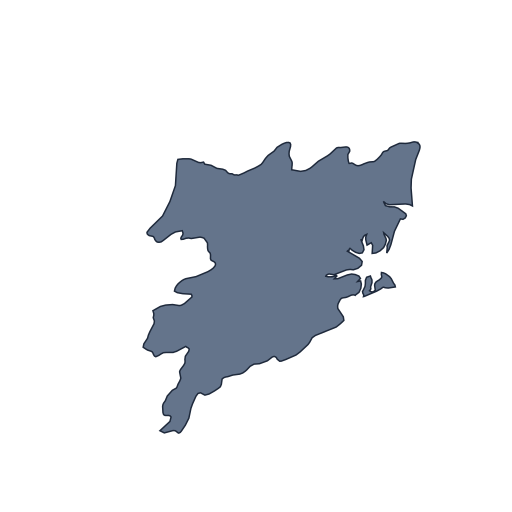 the Province of Littoral, rotated 223°
{"feature_id": "CMR-1476", "entity_name": "Littoral", "entity_type": "Province", "adm_level": 1, "iso_a3": "CMR", "parent_name": "Cameroon", "parent_adm1": "", "projection": "equal_earth", "projection_center": [10.043, 4.313], "detail": "fine", "context": "isolated", "style": "filled", "palette": "slate", "viewbox_px": 512, "rotation_deg": 223, "n_neighbors": 0, "source": "natural_earth", "source_scale": "10m", "svg_char_len": 5908}
<svg xmlns="http://www.w3.org/2000/svg" viewBox="0 0 512 512"><g transform="rotate(223 256 256)"><path d="M215.2,449.3L215.2,448.8L213.0,449.1L211.6,448.6L210.4,447.6L209.5,446.3L208.6,444.6L205.0,435.5L194.8,418.2L189.0,411.5L175.7,399.3L178.7,398.4L182.1,396.1L193.4,384.5L196.4,383.0L200.1,382.8L195.7,381.1L191.8,383.1L188.3,386.3L184.6,387.9L175.2,389.0L173.5,388.0L172.8,385.6L173.5,383.1L175.7,381.6L171.6,368.5L165.1,356.3L163.2,351.6L162.4,347.3L165.9,351.8L166.7,352.4L167.3,353.2L168.5,357.2L169.1,358.7L170.8,359.8L173.2,360.2L178.5,360.1L177.1,359.1L172.8,357.4L171.4,356.4L170.9,355.6L170.5,354.7L169.5,353.0L168.4,349.2L168.8,344.4L170.4,340.0L172.8,337.1L178.0,343.4L180.8,344.3L182.2,339.7L186.9,342.8L188.6,344.6L189.8,347.3L190.6,345.3L190.6,343.4L189.9,341.5L188.9,339.7L189.3,339.6L190.8,339.7L184.3,336.6L181.3,334.2L180.4,330.8L182.2,328.3L185.7,326.6L189.6,325.8L192.5,325.7L192.5,324.9L192.3,324.3L191.6,323.2L192.0,322.9L192.3,322.9L192.5,322.7L192.5,321.8L178.8,324.9L174.6,324.4L172.5,321.2L173.1,316.5L175.4,312.3L178.0,310.4L180.3,307.6L186.2,295.5L190.3,292.7L190.9,291.7L191.5,289.9L191.1,288.8L188.9,290.1L186.3,292.6L185.1,294.3L184.1,296.5L183.2,296.5L183.2,292.7L180.7,295.2L176.3,304.4L173.8,308.0L170.8,310.1L167.1,311.5L164.3,310.8L164.3,306.6L162.5,309.1L159.8,307.3L157.3,303.9L155.9,299.6L156.7,295.2L156.6,294.9L157.4,294.6L158.4,293.9L159.6,292.4L161.1,288.7L162.1,286.9L163.9,284.7L164.7,283.3L164.6,281.3L163.4,277.1L162.3,275.2L160.4,273.4L150.7,271.1L147.8,268.8L148.1,264.1L148.9,258.8L158.4,238.4L159.2,234.5L157.9,229.4L157.6,226.7L158.3,216.1L159.2,210.9L163.7,200.5L165.8,196.4L166.9,195.2L170.1,195.0L171.8,195.6L173.0,195.5L174.3,194.9L175.2,193.3L176.2,187.1L180.0,179.6L183.7,175.6L185.1,171.3L185.1,166.4L185.3,164.4L185.9,161.5L187.3,158.6L191.8,153.1L194.3,148.6L195.7,146.8L196.6,145.0L196.9,142.9L193.8,138.5L192.9,136.0L193.3,133.4L194.4,128.8L196.2,123.1L198.5,119.4L203.3,118.1L204.7,115.9L204.3,112.5L201.6,104.6L199.7,100.2L194.5,91.6L192.3,84.1L191.2,77.2L191.1,75.4L191.7,73.8L192.9,73.4L194.3,73.4L196.0,73.1L197.6,71.8L202.4,64.1L207.1,62.7L206.1,76.3L208.3,80.3L209.8,80.5L211.2,79.8L212.5,78.5L213.9,77.3L215.4,77.0L217.2,78.0L221.7,82.3L222.7,83.9L223.2,85.3L223.6,88.3L225.4,93.1L225.6,100.7L224.2,105.0L224.3,105.8L224.6,106.7L225.6,109.1L226.5,112.6L227.1,114.2L227.7,115.4L232.9,119.2L233.4,120.2L233.8,121.7L234.3,126.5L234.8,128.6L234.9,129.0L235.6,130.1L236.8,131.3L237.4,131.8L239.3,134.5L240.2,140.4L241.3,142.3L242.0,142.5L242.5,142.5L242.9,142.5L243.8,142.3L244.3,142.1L245.7,142.0L249.1,132.1L250.1,130.4L250.8,129.0L255.9,124.2L257.8,122.1L258.7,119.5L259.3,117.0L260.6,114.0L262.0,113.6L263.6,114.0L265.1,114.7L266.6,115.1L268.0,114.7L271.0,113.3L272.6,112.9L276.3,112.3L278.1,115.3L279.2,121.8L280.8,124.9L282.0,128.3L284.4,137.0L286.0,139.2L289.1,140.8L290.3,142.9L291.5,144.2L294.1,145.7L291.5,153.9L288.6,158.5L283.9,163.6L278.3,167.4L277.1,168.9L275.9,172.4L274.9,182.3L275.9,183.4L277.3,183.9L284.0,178.4L288.6,175.5L291.7,174.7L293.2,177.4L293.8,180.0L294.0,182.4L293.8,184.7L293.3,187.8L292.7,189.7L291.8,191.6L285.8,200.0L280.5,211.7L279.5,215.1L279.0,218.0L279.1,219.8L279.2,220.9L279.5,221.6L280.1,222.5L281.3,223.2L282.8,223.2L284.4,222.7L285.9,222.3L287.4,222.9L290.0,225.8L291.4,226.8L292.5,226.9L293.9,227.0L294.9,227.3L296.3,228.3L297.7,229.6L298.9,231.0L300.5,232.5L306.1,233.6L307.8,232.9L309.8,231.7L315.3,224.6L317.5,223.3L319.3,221.2L319.8,220.2L320.6,218.7L322.0,217.1L323.1,217.7L323.6,219.1L323.9,221.3L324.9,222.9L327.2,224.2L331.3,218.7L332.9,214.0L334.4,204.4L335.0,201.6L336.3,199.9L337.8,198.8L339.6,198.7L341.3,199.1L342.8,199.9L344.3,200.2L345.4,199.7L348.0,198.1L349.4,197.9L350.7,198.0L351.9,199.0L352.4,204.2L351.6,221.5L356.1,237.1L362.9,252.5L377.1,269.8L377.7,270.9L379.0,273.4L375.7,277.3L371.5,281.2L370.3,282.1L369.2,282.7L361.9,285.2L360.1,286.5L358.4,288.9L356.1,288.2L350.7,291.7L344.4,293.4L339.5,296.8L336.7,297.9L333.5,297.6L332.0,297.9L331.0,298.5L330.3,299.2L329.4,299.9L327.9,300.2L327.0,300.6L325.2,302.4L324.1,302.8L322.9,305.2L321.4,308.6L320.1,312.3L316.9,319.4L315.6,323.2L314.7,326.5L314.8,328.8L315.6,333.7L315.7,336.2L315.7,337.9L314.3,345.0L314.7,349.9L313.2,355.5L312.2,357.8L311.1,359.8L309.6,361.3L308.2,361.9L306.7,361.2L305.4,359.6L303.1,355.2L301.5,353.2L299.6,351.6L295.0,349.9L293.7,349.3L292.8,348.5L291.5,347.0L290.5,345.6L288.7,343.4L281.1,348.3L277.9,352.5L276.3,357.0L275.9,359.2L275.0,367.9L272.0,378.1L271.4,381.2L270.8,389.9L270.3,390.8L269.9,391.4L269.4,391.9L268.2,392.9L264.7,397.0L264.0,397.6L263.1,398.1L262.7,398.2L262.1,398.3L261.7,398.3L261.0,398.2L260.4,397.8L259.8,397.5L258.9,396.5L258.0,392.8L255.7,390.4L253.1,388.3L251.1,387.2L250.8,387.5L250.5,387.7L249.7,389.0L249.3,389.4L248.9,389.5L248.3,389.8L245.2,390.4L244.4,390.7L243.5,391.2L243.0,391.6L242.6,392.0L241.7,393.2L241.0,394.5L240.5,395.6L240.0,396.9L238.0,400.8L237.0,402.3L234.6,404.9L234.1,405.5L233.8,406.2L233.3,409.3L233.2,413.1L233.3,415.4L233.9,418.0L233.9,418.6L233.9,419.2L233.6,419.9L233.2,420.6L232.0,422.4L231.8,422.9L231.7,423.7L231.9,425.6L231.9,426.5L231.7,427.1L231.6,427.6L228.3,435.5L227.8,436.4L226.9,437.3L223.4,440.3L221.9,442.0L220.5,443.8L219.2,446.0L218.4,447.1L217.5,447.9L215.2,449.3L215.2,449.3ZM149.7,299.6L150.3,300.7L151.4,301.3L152.6,301.7L154.0,302.8L154.1,303.7L155.5,308.1L157.1,310.3L159.4,312.8L160.6,315.9L158.7,319.4L156.7,318.3L155.7,318.0L154.8,317.5L153.0,315.6L151.2,311.7L150.4,310.9L149.8,310.5L149.4,309.7L149.3,308.0L147.6,308.3L146.4,309.0L145.7,310.3L145.5,312.4L149.2,315.4L150.2,316.9L150.5,319.0L150.1,320.7L149.6,322.4L149.3,325.1L149.7,326.5L151.9,328.1L153.0,329.5L151.2,330.6L149.0,331.4L144.1,332.0L141.5,331.6L136.8,329.9L134.6,329.5L133.0,328.4L137.5,322.7L140.0,320.8L141.3,320.3L141.8,319.7L142.0,318.9L142.3,317.1L143.8,312.5L149.2,300.4L149.7,299.6Z" fill="#64748b" stroke="#1e293b" stroke-width="1.5"/></g></svg>